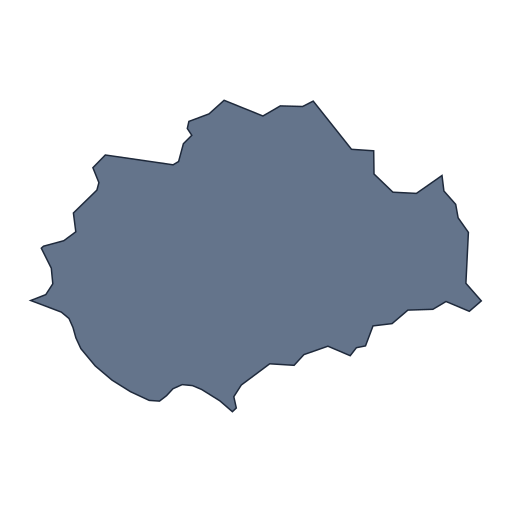 the border of Armagh
{"feature_id": "GBR-2085", "entity_name": "Armagh", "entity_type": "District", "adm_level": 1, "iso_a3": "GBR", "parent_name": "United Kingdom", "parent_adm1": "", "projection": "equal_earth", "projection_center": [-6.648, 54.319], "detail": "fine", "context": "isolated", "style": "filled", "palette": "slate", "viewbox_px": 512, "rotation_deg": 0, "n_neighbors": 0, "source": "natural_earth", "source_scale": "10m", "svg_char_len": 977}
<svg xmlns="http://www.w3.org/2000/svg" viewBox="0 0 512 512"><path d="M159.5,401.1L149.2,400.4L130.5,391.7L112.1,380.2L95.2,365.9L80.9,348.7L75.9,337.9L73.0,327.5L69.0,318.5L61.3,312.1L30.7,300.5L45.8,294.6L52.8,283.8L51.3,268.2L41.3,248.2L43.5,246.2L47.2,245.2L63.8,240.7L75.8,231.8L73.4,213.0L96.9,190.1L98.9,182.6L92.9,167.7L105.3,155.0L173.1,164.8L178.6,161.5L183.4,143.7L191.8,135.3L187.3,128.5L188.9,121.4L209.0,113.9L224.1,100.3L262.9,116.0L280.3,105.9L302.6,106.5L313.2,101.1L351.5,149.3L373.7,150.8L374.0,174.0L392.9,192.2L416.4,193.4L442.0,175.5L443.9,191.0L455.7,204.4L458.1,217.8L468.4,232.4L465.9,283.3L481.3,300.9L469.3,311.3L446.0,301.5L432.9,309.3L407.9,310.1L392.1,323.6L373.0,325.9L365.5,345.9L356.4,347.7L350.2,355.7L327.9,346.2L303.9,354.6L294.1,365.3L269.7,363.8L241.3,385.0L233.8,396.7L236.3,408.0L232.4,411.7L219.8,400.8L201.7,389.5L192.5,385.6L182.2,384.6L173.0,388.7L166.5,395.7L159.5,401.1Z" fill="#64748b" stroke="#1e293b" stroke-width="1.5"/></svg>